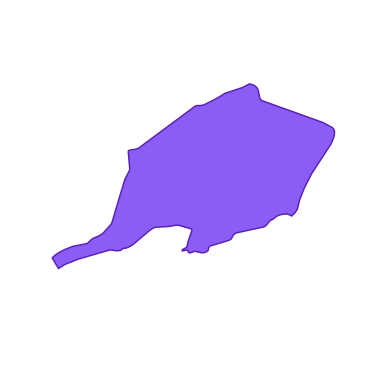 Blue Nile, Equal Earth projection, rotated 59°
{"feature_id": "SDN-148", "entity_name": "Blue Nile", "entity_type": "State", "adm_level": 1, "iso_a3": "SDN", "parent_name": "Sudan", "parent_adm1": "", "projection": "equal_earth", "projection_center": [34.239, 11.094], "detail": "fine", "context": "isolated", "style": "filled", "palette": "violet", "viewbox_px": 384, "rotation_deg": 59, "n_neighbors": 0, "source": "natural_earth", "source_scale": "10m", "svg_char_len": 1830}
<svg xmlns="http://www.w3.org/2000/svg" viewBox="0 0 384 384"><g transform="rotate(59 192 192)"><path d="M263.9,118.9L262.4,119.7L259.7,122.0L258.7,123.8L257.7,125.9L257.0,128.2L256.5,130.5L256.4,132.4L257.0,135.9L256.8,139.8L257.4,141.7L258.8,145.5L259.0,147.3L258.7,149.1L250.0,174.8L249.8,176.8L250.5,179.4L251.7,181.2L252.6,183.1L252.3,186.0L247.7,204.0L247.7,205.0L248.3,206.3L250.4,208.3L250.8,209.7L250.2,212.9L249.1,215.1L245.3,219.0L244.0,220.6L243.8,221.7L243.7,222.8L243.3,224.5L242.4,226.0L241.7,226.2L240.8,225.8L239.6,226.0L238.8,227.0L237.9,229.9L237.3,230.6L236.6,230.3L236.5,228.9L236.7,226.1L236.3,224.7L235.4,223.6L233.3,221.8L224.9,211.9L224.0,211.5L222.8,212.1L214.4,219.8L213.2,221.2L212.1,223.2L209.4,230.1L203.4,241.4L202.9,244.7L203.2,248.6L206.6,269.3L206.7,273.6L206.1,277.5L205.9,278.1L205.2,279.0L205.0,279.5L205.0,280.6L205.2,282.9L205.1,283.9L203.5,287.0L199.4,292.1L190.8,324.7L188.6,338.7L188.8,345.9L177.0,345.8L176.7,345.7L176.5,345.4L176.3,345.0L176.1,344.4L175.6,341.7L175.4,337.5L175.8,330.3L177.3,321.8L181.7,309.8L182.0,308.8L182.0,308.2L182.0,307.6L181.6,305.4L181.1,303.6L180.8,300.8L181.6,294.5L181.7,292.6L181.6,290.1L181.2,288.5L178.1,278.2L177.1,276.5L162.0,260.0L146.9,243.4L141.3,234.5L140.8,233.9L140.0,233.4L124.7,225.9L123.9,225.1L124.0,224.0L124.5,222.6L126.3,218.2L126.6,217.1L126.9,215.3L123.5,180.5L120.1,145.8L120.1,144.4L120.4,143.5L120.6,142.9L121.6,141.4L122.4,139.9L123.3,137.2L123.5,136.2L124.5,123.8L124.4,112.9L128.5,94.8L128.9,87.1L131.0,85.1L132.1,84.2L133.6,83.4L135.1,82.9L136.6,82.6L138.6,82.8L146.5,85.5L148.6,85.5L149.8,84.9L200.3,43.7L209.2,38.4L211.7,38.1L214.0,38.9L216.7,40.8L219.2,43.6L222.5,48.2L237.9,80.0L246.4,93.6L254.2,103.8L260.9,110.5L261.4,111.3L262.8,114.5L263.9,118.9L263.9,118.9Z" fill="#8b5cf6" stroke="#5b21b6" stroke-width="1.5"/></g></svg>